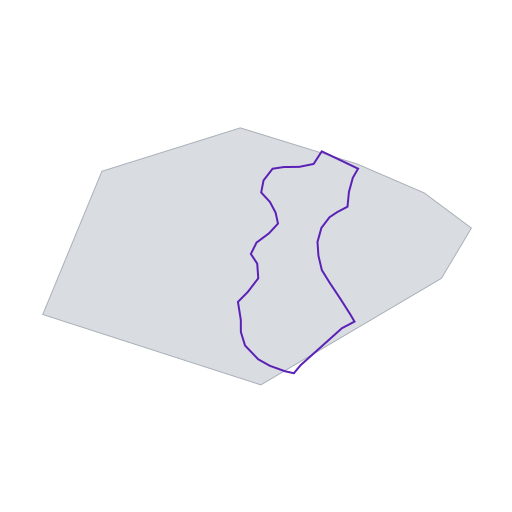 Singapore, with Central Singapore highlighted, rotated 356°
{"feature_id": "SGP-4871", "entity_name": "Central Singapore", "entity_type": "state/province", "adm_level": 1, "iso_a3": "SGP", "parent_name": "Singapore", "parent_adm1": "", "projection": "robinson", "projection_center": [103.856, 1.349], "detail": "fine", "context": "in_parent", "style": "outline", "palette": "violet", "viewbox_px": 512, "rotation_deg": 356, "n_neighbors": 0, "source": "natural_earth", "source_scale": "10m", "svg_char_len": 827}
<svg xmlns="http://www.w3.org/2000/svg" viewBox="0 0 512 512"><g transform="rotate(356 256 256)"><path d="M439.4,291.2L251.8,384.9L39.2,299.5L108.2,160.7L249.3,127.1L363.3,171.3L428.3,204.9L472.8,243.2L439.4,291.2Z" fill="#d9dde1" stroke="#a8b0b8" stroke-width="1"/><path d="M349.7,328.3L336.7,334.0L292.9,368.0L285.6,375.6L276.9,373.0L262.3,366.6L251.0,359.2L238.8,344.5L235.6,330.8L236.4,318.8L234.8,300.5L245.3,291.3L256.7,278.4L256.7,263.7L251.0,253.6L257.5,242.6L270.5,234.3L280.2,225.2L278.6,214.2L273.7,203.1L265.6,193.0L268.8,181.1L278.6,170.1L289.9,169.2L305.3,170.1L319.9,168.2L328.9,156.2L363.9,176.0L358.0,184.8L353.2,198.5L350.7,213.2L340.2,217.8L332.1,222.4L323.2,232.5L318.3,246.3L318.3,260.1L320.7,274.7L328.0,288.5L336.9,304.1L345.9,320.7L349.7,328.3Z" fill="none" stroke="#5b21b6" stroke-width="2"/></g></svg>